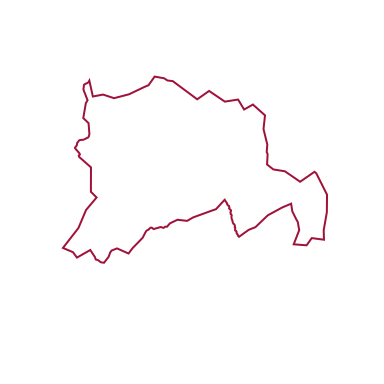 outline of Jargalant, Bayanhongor, Mongolia, rotated 292°
{"feature_id": "93677404B5614508101820", "entity_name": "Jargalant", "entity_type": "district", "adm_level": 2, "iso_a3": "MNG", "parent_name": "Mongolia", "parent_adm1": "Bayanhongor", "projection": "robinson", "projection_center": [99.427, 47.134], "detail": "fine", "context": "isolated", "style": "outline", "palette": "rose", "viewbox_px": 384, "rotation_deg": 292, "n_neighbors": 0, "source": "geoboundaries", "source_scale": "gbopen_adm2", "svg_char_len": 3597}
<svg xmlns="http://www.w3.org/2000/svg" viewBox="0 0 384 384"><g transform="rotate(292 192 192)"><path d="M256.8,55.1L255.0,54.9L254.1,54.3L251.3,51.8L250.1,51.9L248.1,52.5L246.9,52.7L246.0,53.3L245.4,53.8L245.1,54.0L244.6,54.5L244.2,54.9L243.5,55.6L242.7,56.4L242.0,57.0L241.8,57.2L241.0,57.9L240.8,58.1L238.0,60.8L234.6,60.3L219.8,63.5L217.1,70.3L207.2,75.2L204.7,75.5L203.8,75.3L203.1,74.8L202.3,73.9L201.5,73.4L201.0,72.9L200.1,72.1L199.5,71.2L198.9,70.0L198.6,69.4L198.3,68.8L197.9,68.3L197.6,68.1L197.1,67.9L195.7,67.5L194.9,67.2L194.4,67.3L194.0,67.3L193.7,67.4L193.3,67.4L192.8,67.6L192.2,67.6L191.8,67.7L191.1,67.4L190.5,67.3L189.9,67.0L189.5,66.9L189.0,67.0L188.8,67.4L188.5,67.7L188.1,68.5L187.6,69.3L187.3,70.1L186.9,70.8L186.4,71.8L185.9,72.8L185.4,73.5L185.0,73.8L184.7,74.0L184.4,74.0L184.2,73.9L183.8,73.7L183.5,73.4L183.2,73.4L183.0,73.6L182.2,74.3L177.0,89.1L154.3,98.2L151.2,105.6L135.6,100.5L116.1,100.2L91.8,93.3L91.6,104.2L88.1,109.9L100.1,119.4L95.3,126.4L93.4,128.0L93.6,130.5L92.7,133.8L93.4,136.9L100.7,139.0L105.2,138.8L107.6,139.4L111.6,143.6L111.2,156.2L117.6,157.9L131.1,163.4L136.8,163.9L138.7,164.2L139.7,164.7L140.9,165.9L142.3,166.3L143.3,166.9L143.8,167.8L143.8,168.2L143.7,168.8L143.5,169.4L143.3,170.0L143.4,170.5L144.6,172.0L145.8,173.6L147.3,175.4L147.8,176.2L147.9,176.9L147.9,177.5L148.0,178.5L148.1,179.0L148.4,179.4L149.1,179.7L149.8,180.2L150.0,180.6L150.2,181.1L150.4,181.8L154.7,183.3L160.8,188.9L163.4,198.3L168.8,202.5L180.4,215.4L185.1,220.7L190.4,222.7L196.8,225.1L197.0,225.2L196.9,225.3L196.8,225.6L196.6,225.7L196.5,225.9L196.3,226.2L196.1,226.5L195.9,226.8L195.8,227.0L195.6,227.3L195.5,227.5L195.3,227.7L195.1,228.1L194.8,228.3L194.6,228.5L194.4,228.8L194.3,229.0L194.1,229.0L193.8,229.2L193.6,229.4L193.5,229.5L193.4,229.8L193.2,230.2L193.0,230.5L193.0,231.0L193.0,231.4L192.9,231.6L192.7,231.7L192.6,231.8L192.3,231.9L192.1,232.0L191.9,232.2L191.7,232.4L191.5,232.6L191.2,232.7L190.8,232.6L190.6,232.6L190.5,232.8L190.4,233.1L190.2,233.3L190.1,233.7L190.0,233.9L189.9,234.3L189.8,234.7L189.7,234.9L189.5,235.1L189.2,235.2L188.9,235.3L188.6,235.3L188.3,235.3L187.9,235.2L187.7,235.2L187.2,235.4L187.0,235.7L186.8,235.9L186.6,236.0L186.4,236.1L186.1,236.1L185.9,236.3L185.8,236.6L185.7,237.0L185.6,237.3L185.4,237.5L184.9,237.6L184.4,237.7L184.1,237.8L183.3,238.1L182.5,238.5L182.2,238.8L181.7,239.1L181.4,239.3L181.1,239.8L180.7,240.1L180.3,240.4L179.7,240.7L179.1,241.2L178.7,241.6L178.4,241.9L178.0,242.4L178.0,242.6L178.0,242.9L178.0,243.1L177.8,243.5L177.3,243.9L177.0,244.2L176.6,244.4L176.4,244.6L176.0,244.6L175.8,244.7L175.5,244.8L175.4,245.1L175.0,245.1L174.8,245.4L174.6,245.6L174.4,245.8L174.2,245.8L173.9,245.9L173.6,245.9L173.4,246.0L172.9,246.3L172.6,246.4L172.4,246.6L172.4,247.0L172.4,247.4L172.3,247.6L172.2,247.8L172.1,248.0L171.7,248.3L171.2,248.5L170.8,248.6L170.5,248.8L170.3,249.0L170.2,249.5L169.9,249.8L169.6,250.0L169.4,250.3L169.3,250.7L169.0,250.9L168.7,251.1L168.6,251.3L168.4,251.5L168.3,252.0L168.1,252.4L178.1,258.7L183.2,264.0L189.0,266.6L194.3,269.0L198.9,271.1L211.4,281.4L218.3,288.3L211.7,292.2L206.0,298.6L203.8,301.3L196.8,305.7L181.6,305.9L185.5,318.2L194.1,320.3L197.2,332.2L206.0,328.4L223.8,324.6L240.1,318.2L255.9,300.2L256.6,298.0L242.0,288.4L246.0,270.4L243.4,259.0L245.6,251.3L255.5,247.9L257.0,246.3L264.1,244.1L277.2,234.7L290.4,231.0L295.9,215.7L288.0,209.4L295.0,200.1L288.1,188.6L292.1,170.0L279.9,162.1L287.6,132.6L286.2,127.5L287.0,123.5L285.0,114.1L274.7,111.7L272.3,109.2L259.0,97.0L249.8,84.6L249.0,73.0L243.4,64.3L256.8,55.1Z" fill="none" stroke="#9f1239" stroke-width="2"/></g></svg>